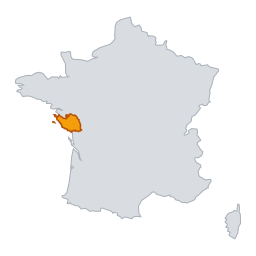 location of Vendée within France
{"feature_id": "FRA-5353", "entity_name": "Vendée", "entity_type": "Metropolitan department", "adm_level": 1, "iso_a3": "FRA", "parent_name": "France", "parent_adm1": "", "projection": "mercator", "projection_center": [-1.356, 46.678], "detail": "fine", "context": "in_parent", "style": "filled", "palette": "amber", "viewbox_px": 256, "rotation_deg": 0, "n_neighbors": 0, "source": "natural_earth", "source_scale": "10m", "svg_char_len": 5916}
<svg xmlns="http://www.w3.org/2000/svg" viewBox="0 0 256 256"><path d="M210.2,101.8L208.3,102.8L207.1,105.0L205.9,105.5L203.7,105.5L202.6,104.2L200.0,105.0L198.9,106.4L200.5,108.1L195.3,114.9L191.9,116.7L191.2,121.2L187.3,124.5L185.8,128.0L185.7,128.7L186.7,129.8L186.3,132.1L184.3,133.5L184.3,135.0L184.9,135.2L187.9,134.0L189.1,132.7L188.4,130.8L191.5,128.6L197.0,129.1L197.6,132.1L196.9,134.7L200.8,140.1L197.4,142.6L197.2,144.3L200.7,149.7L202.9,151.9L201.7,155.5L198.0,157.8L195.7,157.6L194.6,158.2L194.7,159.3L196.4,162.6L200.4,164.7L201.0,167.1L199.9,168.0L198.0,171.7L198.8,173.5L198.5,174.3L198.9,175.6L200.0,176.8L205.5,179.9L210.5,179.3L211.2,181.1L208.1,185.9L208.3,188.0L206.7,188.0L206.4,188.8L203.3,190.4L198.4,195.2L196.0,196.6L195.1,199.0L193.7,200.3L186.6,203.1L185.2,202.4L181.8,202.5L179.6,200.8L175.4,199.7L174.1,197.2L170.2,196.7L170.0,195.0L164.5,196.6L156.8,194.3L154.1,191.8L151.9,192.4L149.9,194.6L141.6,200.5L138.4,206.4L139.0,213.4L140.9,216.8L135.8,216.3L132.8,217.3L132.1,218.7L125.0,217.0L122.3,218.5L121.6,218.4L120.7,216.9L117.2,215.3L117.7,214.1L117.2,213.1L113.9,212.3L112.8,213.3L111.6,211.3L102.4,208.1L100.9,208.2L100.3,211.3L94.3,211.2L93.5,210.6L89.7,211.3L85.6,208.4L81.1,208.9L78.3,205.9L75.6,205.7L71.8,204.2L70.1,203.3L69.9,202.4L68.7,203.8L67.3,203.5L67.0,203.1L67.9,201.4L68.1,199.4L63.4,198.0L62.1,196.6L62.1,195.8L64.6,195.2L66.9,192.4L69.1,182.5L70.7,170.6L71.9,168.4L73.4,167.7L72.2,166.1L70.7,168.3L71.6,157.3L73.3,148.9L77.3,152.4L78.3,153.8L79.4,158.8L81.7,160.8L80.2,158.8L78.8,152.3L77.9,150.4L71.5,144.9L71.3,143.6L74.1,144.3L72.9,140.1L72.3,131.3L68.4,130.4L62.2,126.7L57.9,119.9L57.4,117.4L58.5,114.7L57.6,113.0L55.7,111.8L57.1,109.4L58.4,109.2L62.9,110.5L59.2,108.3L53.3,109.1L50.9,108.3L50.5,106.7L52.1,104.6L50.1,103.3L46.7,103.6L46.3,103.1L47.3,101.6L46.4,101.0L43.7,101.6L42.1,101.1L40.6,99.4L36.1,99.0L35.1,98.0L28.9,96.0L22.4,96.4L20.6,93.0L16.7,91.3L17.5,90.2L21.4,89.2L22.2,88.2L19.3,86.8L18.3,85.4L23.6,85.1L21.2,83.6L16.0,83.7L15.4,81.6L16.0,79.5L19.0,77.6L26.4,75.5L31.9,75.4L35.7,73.0L39.5,72.3L43.0,73.5L47.9,79.5L51.8,76.9L57.6,77.0L58.8,78.5L60.3,75.7L61.6,77.3L68.7,76.8L67.0,75.7L65.7,73.1L65.4,63.6L61.8,56.7L60.9,54.1L61.1,52.0L65.3,52.4L68.8,51.4L70.5,52.0L70.9,56.5L72.4,59.1L82.1,59.9L87.7,61.3L92.5,58.8L96.9,57.7L97.2,57.1L94.7,57.3L92.4,56.2L92.0,55.0L93.3,51.5L100.0,47.6L109.9,44.3L112.5,42.1L115.4,38.1L114.7,37.0L115.2,26.0L116.6,22.4L120.4,19.7L130.1,17.1L131.3,20.6L131.2,22.6L133.7,25.7L135.0,26.7L139.2,25.0L141.2,27.9L141.8,31.2L146.9,32.5L148.4,36.7L149.3,35.8L152.5,36.0L154.0,36.3L156.0,38.2L155.4,40.7L156.3,41.9L155.4,44.2L156.0,45.2L161.9,45.2L163.6,44.2L164.4,41.9L166.2,40.5L166.8,40.9L165.7,45.2L166.5,46.3L166.9,49.4L169.1,49.7L173.4,52.1L177.0,56.2L181.4,55.5L184.9,57.7L188.6,56.6L192.0,57.8L193.2,59.0L196.3,64.6L198.8,63.5L200.5,64.2L201.1,65.8L207.6,64.8L208.8,66.4L210.1,67.0L218.4,69.1L218.4,71.2L213.7,77.2L211.6,85.6L210.2,88.5L209.7,90.7L210.1,92.2L209.8,94.5L208.8,99.9L209.4,101.5L210.2,101.8ZM239.5,208.8L239.1,211.9L240.3,214.2L240.6,223.2L238.3,227.5L237.9,232.8L234.9,238.9L230.3,236.2L228.9,234.7L230.2,232.3L227.5,231.0L228.2,228.7L227.9,227.6L226.0,227.4L225.9,226.8L227.3,225.1L227.3,223.9L225.5,222.6L225.1,221.3L226.9,219.9L226.1,218.7L225.1,218.4L227.5,214.3L229.1,213.0L232.7,211.9L234.1,210.4L236.5,211.2L236.9,210.8L237.7,204.2L238.5,204.2L239.3,205.0L239.5,208.8ZM71.8,140.6L71.2,142.5L68.8,139.1L68.5,137.3L71.8,140.6Z" fill="#d9dde1" stroke="#a8b0b8" stroke-width="1"/><path d="M72.7,131.3L72.5,131.0L71.8,131.0L71.2,131.3L71.2,132.1L70.8,131.9L70.5,131.6L70.2,131.1L69.8,131.0L69.3,130.7L69.0,130.4L68.8,130.3L67.9,130.6L67.5,130.6L67.3,130.1L67.3,129.5L67.0,129.1L66.6,128.9L66.2,128.8L65.2,128.7L64.7,128.6L64.9,128.3L64.6,128.1L63.8,127.9L63.2,127.4L62.8,127.3L62.6,127.2L62.3,126.5L62.2,126.3L62.2,126.5L62.3,126.9L62.3,127.1L62.2,127.2L61.9,126.9L61.6,125.3L61.6,124.9L61.4,124.7L61.2,124.2L61.1,123.9L60.8,123.6L60.6,123.4L60.4,123.2L60.3,122.6L60.0,122.5L59.8,122.4L59.5,122.3L59.4,122.2L58.9,121.2L58.0,120.3L57.6,120.0L57.2,119.8L57.0,119.7L56.9,119.3L56.8,118.9L56.8,118.5L56.8,118.0L56.9,117.8L57.3,117.5L57.2,117.1L57.5,116.9L58.1,116.5L58.3,116.2L58.5,115.3L58.7,114.9L59.0,114.7L59.3,115.0L60.3,116.1L60.8,116.5L62.4,117.3L63.2,118.2L63.5,118.3L64.3,118.3L65.9,118.8L66.4,118.6L66.6,118.3L66.7,118.2L66.4,117.8L66.1,116.8L65.9,115.7L66.0,115.1L66.7,114.7L66.9,114.7L67.1,114.9L67.2,115.3L67.2,116.6L67.3,116.9L67.6,117.1L67.9,117.0L68.6,116.5L68.8,116.3L68.8,116.1L68.9,115.9L68.8,115.0L68.9,114.7L69.2,114.5L69.8,114.6L70.0,114.2L70.3,113.8L70.9,114.0L72.2,114.9L73.4,115.4L74.0,115.5L74.7,115.1L74.9,115.2L75.2,115.5L75.4,115.5L76.0,115.9L76.2,116.2L76.4,116.6L76.6,116.9L77.0,117.1L77.2,117.4L77.3,117.6L77.3,118.1L77.4,118.5L77.5,118.7L77.7,118.9L78.6,119.5L78.9,119.8L79.1,120.0L79.0,120.3L78.9,120.6L78.9,120.9L79.0,121.3L79.5,121.9L79.9,122.8L80.0,123.1L80.0,123.4L80.0,123.6L80.0,123.8L80.1,124.0L80.3,124.2L80.4,124.4L80.5,124.6L80.5,125.0L80.6,125.7L80.6,125.9L80.6,126.1L80.4,126.3L80.2,126.7L80.5,127.9L80.5,128.0L80.4,128.6L80.3,128.8L80.4,129.1L80.5,129.2L80.8,129.2L81.4,129.6L81.5,129.8L81.6,130.0L81.4,130.3L81.2,130.3L80.8,130.3L80.7,130.4L80.2,130.9L80.1,131.0L79.5,131.0L79.4,131.0L79.0,131.3L78.8,131.4L78.6,131.5L78.4,131.6L77.3,130.9L76.9,130.8L76.7,130.8L76.4,130.9L75.8,131.0L75.7,131.1L75.2,131.1L75.0,130.9L75.2,130.7L75.3,130.5L75.3,130.4L75.2,130.2L74.8,130.3L74.6,130.3L74.3,130.4L73.3,130.6L73.2,130.7L73.1,130.8L72.8,131.2L72.7,131.3L72.7,131.3ZM55.7,115.9L55.9,116.1L56.4,116.3L56.6,116.5L56.6,116.8L56.7,117.3L56.6,117.6L56.3,117.5L56.1,116.9L55.8,116.4L55.4,116.1L54.9,116.4L54.7,116.0L54.5,115.1L54.2,114.8L55.1,114.7L55.4,114.8L55.7,115.0L55.7,115.5L55.7,115.9ZM53.5,121.7L54.1,122.0L54.4,122.2L54.6,122.5L54.3,122.4L53.0,122.3L52.8,121.9L52.9,121.7L53.2,121.7L53.5,121.7Z" fill="#f59e0b" stroke="#b45309" stroke-width="1.5"/></svg>